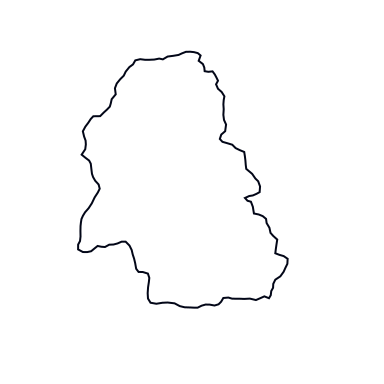 São Geraldo do Baixio, Minas Gerais, Brazil (Mercator projection), rotated 307°
{"feature_id": "56859067B90652134730320", "entity_name": "São Geraldo do Baixio", "entity_type": "district", "adm_level": 2, "iso_a3": "BRA", "parent_name": "Brazil", "parent_adm1": "Minas Gerais", "projection": "mercator", "projection_center": [-41.367, -18.928], "detail": "fine", "context": "isolated", "style": "outline", "palette": "ink", "viewbox_px": 384, "rotation_deg": 307, "n_neighbors": 0, "source": "geoboundaries", "source_scale": "gbopen_adm2", "svg_char_len": 2318}
<svg xmlns="http://www.w3.org/2000/svg" viewBox="0 0 384 384"><g transform="rotate(307 192 192)"><path d="M193.1,67.6L189.4,67.2L184.9,67.5L180.0,67.5L174.8,68.3L171.4,72.4L169.0,76.1L166.1,78.6L161.9,81.0L155.4,81.4L155.2,86.6L155.2,90.9L153.7,94.1L149.7,97.9L146.3,101.2L144.4,104.0L142.7,108.0L141.8,112.9L139.1,116.3L134.9,117.1L129.1,117.5L122.7,118.8L116.9,119.2L111.5,118.8L107.4,119.2L103.9,120.0L100.7,121.7L97.7,123.5L93.8,126.3L89.3,129.8L85.4,132.1L81.5,132.7L77.6,135.6L78.4,141.0L81.1,144.6L84.0,147.1L88.2,148.1L92.1,149.1L93.7,152.5L95.7,155.6L100.1,157.6L102.8,160.9L106.1,163.5L110.0,165.7L112.4,168.9L111.6,174.3L109.4,178.7L106.4,182.3L103.9,185.9L101.0,189.4L97.1,193.6L96.0,197.4L98.5,200.9L100.3,205.9L97.7,209.6L94.2,211.7L89.4,214.3L84.5,217.5L80.4,221.0L78.6,225.5L81.3,230.8L85.8,235.1L89.1,239.1L92.6,245.1L93.5,250.9L95.5,255.5L98.8,260.2L100.9,263.3L103.0,266.1L107.0,268.1L110.3,270.6L112.7,273.9L114.9,278.3L118.3,280.8L121.9,281.3L126.2,280.8L129.6,284.6L130.9,288.1L133.1,291.2L135.3,294.1L138.0,298.0L141.7,302.4L144.2,308.1L148.4,310.5L152.2,312.6L153.5,317.4L157.0,317.0L160.6,314.9L164.3,314.4L167.5,312.2L172.1,311.3L177.8,313.3L183.4,313.2L187.8,312.2L192.0,311.4L196.2,308.6L196.0,303.8L194.4,299.6L193.2,295.4L197.2,293.1L201.4,290.8L205.3,288.7L205.8,283.3L206.6,279.3L210.0,275.4L212.1,270.3L215.1,267.3L215.3,263.0L214.2,258.8L212.1,254.4L216.8,249.5L219.7,244.9L218.4,241.6L219.1,237.9L223.2,240.1L225.9,242.7L229.3,244.6L232.6,246.1L237.4,243.0L240.4,238.4L240.9,234.5L242.7,229.1L243.1,221.4L246.0,218.6L249.4,215.6L252.4,212.7L255.4,209.6L254.2,205.0L253.3,200.4L254.0,195.7L252.2,190.8L250.4,186.1L251.1,182.3L255.5,180.8L260.5,181.9L266.4,178.6L268.8,174.2L272.5,170.6L277.2,167.5L280.9,164.3L284.5,162.0L287.9,160.3L289.7,155.6L290.1,150.6L292.5,146.4L296.5,145.8L298.1,142.7L299.6,139.5L300.7,135.8L297.8,132.7L296.1,129.4L298.8,126.9L300.7,123.8L300.8,118.4L306.2,116.7L306.4,113.0L304.9,109.4L302.9,106.1L300.3,102.8L296.6,100.5L293.4,98.8L289.5,95.1L285.5,91.0L280.4,88.9L278.8,85.5L275.1,82.2L271.7,78.1L269.3,74.9L266.9,70.7L263.0,67.5L258.4,68.1L254.1,66.8L248.3,66.6L243.8,67.5L238.9,66.8L233.4,66.6L228.5,68.0L224.1,72.3L217.8,72.0L213.9,73.8L210.7,75.0L206.6,74.5L202.4,73.7L197.3,73.0L193.1,67.6Z" fill="none" stroke="#020617" stroke-width="2"/></g></svg>